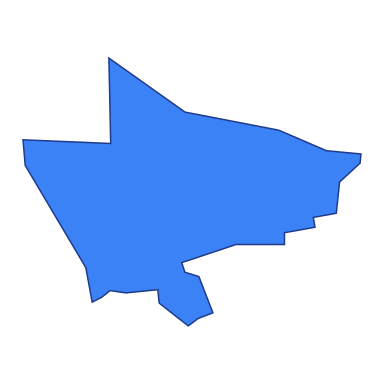 53, Ar Rayyān, Qatar
{"feature_id": "91078587B25441317691063", "entity_name": "53", "entity_type": "district", "adm_level": 2, "iso_a3": "QAT", "parent_name": "Qatar", "parent_adm1": "Ar Rayyān", "projection": "mercator", "projection_center": [51.366, 25.28], "detail": "fine", "context": "isolated", "style": "filled", "palette": "blue", "viewbox_px": 384, "rotation_deg": 0, "n_neighbors": 0, "source": "geoboundaries", "source_scale": "gbopen_adm2", "svg_char_len": 545}
<svg xmlns="http://www.w3.org/2000/svg" viewBox="0 0 384 384"><path d="M92.2,302.2L101.9,297.1L110.1,290.6L125.9,292.9L157.8,289.7L159.2,303.1L176.7,316.9L188.3,325.9L198.1,318.5L212.9,312.8L198.9,276.6L184.9,272.2L181.7,262.6L236.0,244.5L284.5,244.5L284.5,232.7L315.0,227.2L313.3,217.4L334.4,213.6L336.3,213.2L339.6,182.0L360.1,163.1L360.2,162.2L361.0,154.0L326.4,150.7L283.2,132.1L278.7,130.2L185.0,112.1L108.9,58.1L110.7,143.5L23.0,139.8L23.3,143.2L25.2,165.4L85.8,267.6L92.2,302.2Z" fill="#3b82f6" stroke="#1e3a8a" stroke-width="1.5"/></svg>